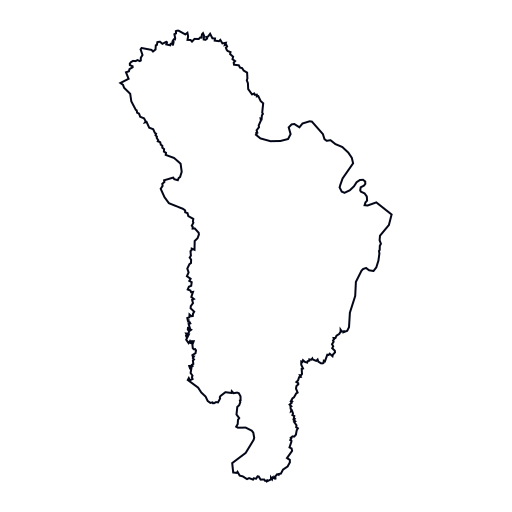 outline of Kham Muang, Kalasin, Thailand
{"feature_id": "78962969B13207688711695", "entity_name": "Kham Muang", "entity_type": "district", "adm_level": 2, "iso_a3": "THA", "parent_name": "Thailand", "parent_adm1": "Kalasin", "projection": "robinson", "projection_center": [103.634, 16.933], "detail": "fine", "context": "isolated", "style": "outline", "palette": "ink", "viewbox_px": 512, "rotation_deg": 0, "n_neighbors": 0, "source": "geoboundaries", "source_scale": "gbopen_adm2", "svg_char_len": 6024}
<svg xmlns="http://www.w3.org/2000/svg" viewBox="0 0 512 512"><path d="M280.4,141.0L270.5,141.2L260.4,138.4L256.0,134.8L256.6,134.1L256.2,133.1L257.3,132.7L256.6,130.3L259.0,127.2L258.7,125.4L260.9,120.5L260.6,118.6L261.6,119.0L261.9,115.3L262.9,113.9L262.2,112.6L263.2,103.3L260.7,101.1L258.3,96.1L256.8,96.4L256.8,94.7L254.7,94.8L254.2,93.5L252.0,94.4L248.2,89.1L247.9,83.2L246.8,80.3L247.4,78.5L247.1,72.6L243.7,70.6L242.1,68.1L240.0,67.6L238.8,65.3L234.0,64.7L233.7,62.6L235.1,61.1L232.5,59.2L233.1,56.7L230.1,54.1L230.5,52.1L227.6,51.0L226.6,49.7L225.9,47.7L227.1,46.5L226.2,44.6L224.9,45.0L225.8,42.8L222.4,43.4L220.3,39.9L219.0,41.2L214.7,40.6L215.0,38.5L212.4,38.3L210.1,33.8L208.1,36.5L206.6,37.0L207.3,39.4L206.7,38.7L205.6,39.8L203.7,39.5L203.7,37.2L204.5,36.8L203.0,33.2L202.0,34.3L201.4,37.6L200.2,37.5L198.7,39.0L194.5,38.9L192.0,41.6L190.6,40.0L187.5,39.9L188.1,36.3L187.4,32.8L185.3,34.4L178.6,30.7L177.1,30.7L175.9,31.1L176.0,33.4L174.4,34.2L175.2,38.3L174.9,39.5L173.8,39.3L172.6,41.2L173.6,41.9L172.9,45.4L172.2,43.0L170.6,43.9L170.2,45.3L166.3,44.4L167.0,42.3L166.3,41.8L162.4,43.8L159.9,41.7L157.4,42.1L156.9,44.9L155.8,45.3L155.5,49.5L153.0,51.5L151.5,49.9L141.6,48.0L140.6,49.4L142.5,55.0L140.8,57.8L140.8,60.5L139.8,61.1L137.5,60.1L135.6,61.1L133.0,60.9L130.9,62.2L129.8,63.6L129.9,65.1L132.6,66.3L132.6,67.3L129.5,69.1L128.9,71.3L126.0,72.3L128.6,78.8L120.4,83.0L123.0,84.8L124.1,87.8L130.2,93.8L131.3,101.3L135.8,109.9L136.7,110.4L137.1,112.7L139.0,113.6L140.2,116.8L144.0,118.3L145.7,121.3L145.0,122.4L146.6,122.0L149.2,127.7L153.2,129.2L154.8,132.8L156.1,133.8L155.5,135.2L156.9,136.6L156.7,137.9L158.3,140.3L157.8,141.3L160.2,142.2L160.8,144.7L162.3,145.7L162.3,147.7L164.1,149.1L163.9,151.6L166.0,152.8L165.7,154.9L174.1,158.0L180.6,163.7L181.7,171.8L180.1,177.0L178.7,178.0L177.8,180.2L174.3,179.2L173.2,177.6L164.1,180.3L164.4,182.0L162.3,183.8L162.6,185.9L160.7,188.8L164.5,197.2L168.9,203.2L183.1,208.9L185.1,210.4L185.2,212.3L187.5,213.1L188.3,216.1L193.3,218.9L192.9,221.6L193.4,222.7L191.8,225.7L192.7,226.8L192.6,228.6L194.7,228.4L198.7,232.8L198.9,234.6L197.5,238.3L194.7,241.0L194.5,249.8L191.7,248.6L191.5,250.3L190.5,251.2L190.9,255.6L189.7,257.6L191.1,259.6L191.0,263.0L189.4,264.2L187.3,268.6L188.6,272.4L186.9,276.2L190.6,278.8L189.3,280.9L191.7,282.2L191.2,285.8L188.9,286.7L187.7,289.5L190.4,290.5L191.1,292.2L193.0,291.9L191.3,297.0L193.9,299.0L192.1,299.9L193.0,303.1L190.8,306.1L190.6,308.3L194.2,311.7L193.0,313.7L192.8,316.0L191.4,316.2L189.5,314.5L189.4,317.3L187.3,318.0L187.7,320.0L188.6,320.3L188.1,321.6L189.7,322.2L190.3,323.4L188.6,324.0L189.8,327.8L188.0,327.8L187.8,329.6L188.4,330.3L190.0,329.1L191.1,329.8L189.0,331.3L188.6,333.6L186.1,333.5L186.7,334.6L186.0,335.7L186.4,336.6L188.2,335.7L186.2,339.7L188.6,343.1L190.0,341.0L190.7,342.1L190.4,342.9L191.3,343.2L191.8,341.2L193.7,341.2L192.4,344.7L192.8,348.3L194.1,349.4L195.1,349.1L196.0,350.4L195.5,353.2L192.4,355.1L192.8,356.6L193.8,356.6L192.9,358.1L194.0,359.5L192.9,360.4L193.3,364.0L192.1,364.7L192.6,366.2L191.5,367.0L190.8,365.8L189.2,366.0L190.1,368.6L191.3,368.8L190.6,373.0L192.5,375.7L191.9,377.2L192.6,379.0L189.9,380.3L188.8,378.1L187.8,380.0L198.1,387.6L201.2,392.4L205.6,396.6L207.7,401.0L210.4,402.9L212.5,402.4L212.9,403.2L214.1,403.2L216.0,402.1L218.0,402.4L220.1,398.5L219.8,397.2L220.5,396.0L225.4,392.2L231.6,393.0L231.8,391.3L233.6,393.2L237.1,392.6L238.8,393.2L240.5,396.3L240.6,400.2L239.9,400.5L240.3,402.1L239.2,405.2L237.3,406.9L236.5,414.5L239.2,418.1L238.0,419.8L237.7,424.1L236.2,426.7L237.9,427.7L245.7,427.6L251.8,430.7L253.3,432.7L254.2,437.8L253.6,439.9L245.7,452.9L232.2,463.1L233.2,472.5L236.7,472.9L237.5,471.8L239.7,475.6L242.8,476.4L247.0,479.1L249.1,478.1L253.0,479.6L253.7,478.3L256.1,478.7L257.6,476.3L258.7,476.5L260.6,479.6L264.1,479.5L265.2,480.9L267.0,480.4L267.0,481.3L271.0,479.4L271.0,477.7L272.1,479.3L272.7,477.4L274.5,478.4L274.4,477.1L275.4,477.7L275.3,476.4L277.1,474.3L278.6,474.8L278.7,474.0L280.9,473.6L283.0,469.6L287.6,466.5L289.9,462.3L289.8,459.8L288.2,458.8L287.8,459.5L287.9,458.5L287.0,458.0L292.1,450.9L291.6,448.5L289.5,447.4L291.4,441.7L291.4,440.6L290.3,440.0L291.3,438.3L290.8,437.8L292.5,436.4L294.2,436.6L295.9,434.7L296.7,430.3L297.9,428.3L296.2,427.3L296.5,425.3L294.1,421.9L295.2,421.3L294.0,420.2L294.6,419.1L293.6,419.1L294.3,416.0L292.4,415.1L293.0,413.4L292.0,410.7L291.0,411.3L291.4,409.7L290.6,408.7L290.5,406.5L291.2,406.2L289.6,404.6L291.7,402.8L290.9,401.6L292.0,401.2L291.3,400.5L292.5,398.3L294.0,397.3L296.2,393.4L297.6,392.6L296.0,388.6L296.4,386.1L298.3,384.3L298.2,383.2L296.4,382.0L298.0,380.5L299.1,377.2L300.8,376.9L299.9,375.2L301.1,375.2L302.0,374.0L301.7,368.9L303.0,368.5L301.2,364.6L301.3,361.5L302.4,362.0L303.0,360.2L304.9,361.9L307.2,362.6L307.6,361.2L309.3,360.7L309.3,359.4L311.3,359.7L312.3,358.5L312.6,359.4L316.2,360.9L317.6,359.5L318.3,361.6L321.0,363.3L322.8,363.3L323.5,362.9L323.7,361.4L324.4,361.5L324.2,360.7L325.1,360.9L327.3,354.7L328.6,355.0L329.7,353.7L332.5,356.2L332.9,354.6L335.0,352.4L334.8,350.7L332.2,348.2L333.2,346.3L332.0,344.2L333.6,341.8L333.0,340.5L334.0,339.3L333.6,338.0L335.4,338.1L336.5,335.7L339.3,333.9L340.6,331.6L340.6,329.7L341.9,331.6L343.7,331.3L343.6,332.2L347.2,330.8L349.0,327.2L349.9,312.6L355.2,296.0L355.9,281.9L361.5,270.7L363.1,269.0L366.1,268.0L369.1,270.3L373.5,271.0L376.3,267.4L378.4,260.7L379.4,253.5L379.0,251.0L379.7,249.9L379.8,245.8L380.9,243.8L379.6,240.2L380.0,235.7L388.9,225.0L391.6,214.5L376.3,202.4L367.6,205.5L364.6,205.2L365.4,202.5L367.1,200.6L366.8,196.5L364.6,193.4L360.8,191.6L360.2,190.2L360.7,187.3L364.0,185.6L365.3,183.8L365.2,181.5L363.0,179.8L359.9,180.0L356.6,182.2L354.0,186.3L349.8,190.3L344.5,192.8L341.7,191.6L339.6,187.4L340.3,184.9L342.6,178.4L353.1,163.3L351.8,157.8L348.3,152.6L342.3,147.0L335.4,144.1L330.5,140.2L326.7,140.8L324.5,139.2L322.9,134.1L311.9,121.6L309.6,121.3L302.5,123.5L299.4,127.3L294.3,124.0L291.6,124.4L288.7,127.4L290.6,134.1L288.1,139.0L280.4,141.0Z" fill="none" stroke="#020617" stroke-width="2"/></svg>